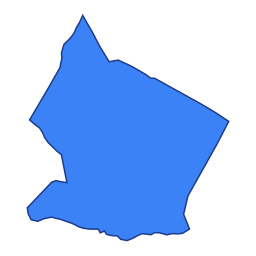 the district of Pedrão, Bahia, Brazil, rotated 90°
{"feature_id": "56859067B19486192876927", "entity_name": "Pedrão", "entity_type": "district", "adm_level": 2, "iso_a3": "BRA", "parent_name": "Brazil", "parent_adm1": "Bahia", "projection": "mercator", "projection_center": [-38.628, -12.125], "detail": "fine", "context": "isolated", "style": "filled", "palette": "blue", "viewbox_px": 256, "rotation_deg": 90, "n_neighbors": 0, "source": "geoboundaries", "source_scale": "gbopen_adm2", "svg_char_len": 1048}
<svg xmlns="http://www.w3.org/2000/svg" viewBox="0 0 256 256"><g transform="rotate(90 128 128)"><path d="M229.1,66.5L214.2,72.4L205.6,70.3L196.0,68.1L143.7,38.8L121.4,27.3L112.5,40.7L104.9,53.4L78.3,101.3L78.0,105.6L74.9,109.6L66.4,124.2L60.1,137.8L61.7,146.9L46.4,156.2L39.2,160.0L33.9,162.7L15.4,173.3L21.9,176.2L27.7,179.6L33.5,182.2L38.9,186.4L44.3,192.0L52.8,194.5L58.8,194.2L63.0,195.2L67.5,196.0L90.5,209.1L119.9,226.4L124.4,221.3L127.9,216.5L132.4,213.5L137.5,211.4L142.6,207.8L147.0,203.3L151.5,198.7L154.7,194.6L182.6,189.1L181.7,195.1L180.6,200.0L182.2,204.3L207.8,228.7L213.9,227.8L219.7,224.9L221.3,218.2L218.6,211.8L217.1,204.3L218.3,200.2L219.1,196.2L221.3,190.0L223.0,184.9L224.7,181.1L226.8,177.2L228.3,172.4L229.1,166.4L229.1,162.2L229.1,157.6L232.8,155.8L231.1,151.5L234.4,149.4L235.6,144.4L235.9,138.7L239.3,135.3L240.6,128.9L238.2,123.1L235.9,118.9L233.7,114.1L234.1,109.6L234.7,105.1L232.6,101.2L232.9,96.0L234.8,89.6L233.6,83.4L233.9,78.5L233.4,73.6L229.1,66.5Z" fill="#3b82f6" stroke="#1e3a8a" stroke-width="1.5"/></g></svg>